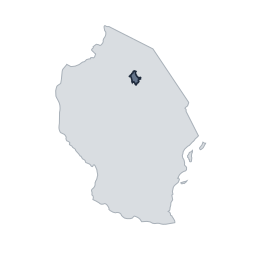 location of Maswa, Simiyu, United Republic of Tanzania, rotated 27°
{"feature_id": "72390352B27931879401730", "entity_name": "Maswa", "entity_type": "district", "adm_level": 2, "iso_a3": "TZA", "parent_name": "United Republic of Tanzania", "parent_adm1": "Simiyu", "projection": "albers", "projection_center": [33.824, -3.202], "detail": "fine", "context": "in_parent", "style": "filled", "palette": "slate", "viewbox_px": 256, "rotation_deg": 27, "n_neighbors": 0, "source": "geoboundaries", "source_scale": "gbopen_adm2", "svg_char_len": 5902}
<svg xmlns="http://www.w3.org/2000/svg" viewBox="0 0 256 256"><g transform="rotate(27 128 128)"><path d="M98.2,174.7L95.7,173.4L93.5,172.6L91.6,171.8L90.8,170.9L89.1,170.6L87.6,170.4L86.2,169.6L83.4,169.4L83.0,168.8L83.0,167.7L82.5,167.4L81.5,167.1L80.3,167.1L79.7,167.2L79.3,167.2L78.3,166.5L77.5,165.6L77.1,164.2L75.8,163.3L74.3,162.6L70.2,162.7L69.5,162.4L68.5,161.7L67.4,160.6L66.4,159.2L65.6,157.4L64.7,154.9L59.9,145.1L59.4,143.3L58.5,141.2L57.0,138.7L55.3,136.8L53.1,135.1L50.6,133.4L49.3,132.3L46.7,127.7L46.1,125.5L45.7,123.2L45.9,122.3L47.5,119.4L47.7,118.6L47.4,117.5L46.7,115.2L45.6,112.4L43.6,107.3L43.3,106.0L43.3,105.1L44.5,99.9L44.5,99.1L49.3,99.2L52.8,96.9L55.8,93.5L56.4,92.1L57.6,89.9L58.9,88.8L59.3,88.1L60.0,85.9L61.6,84.4L63.2,83.3L62.8,82.5L63.1,82.2L63.9,81.6L65.6,81.1L65.9,79.9L65.9,78.7L65.6,77.9L65.7,77.1L65.4,76.6L64.3,76.5L62.7,75.9L61.4,75.6L60.4,75.2L60.1,75.0L60.0,74.2L60.7,72.2L60.0,71.4L61.6,68.1L61.9,67.7L62.5,67.6L63.5,67.3L64.4,67.1L65.1,67.3L65.7,67.1L66.1,66.7L66.5,65.6L66.9,63.8L66.7,62.2L66.0,61.1L65.8,59.3L66.1,56.9L65.8,54.9L65.1,53.3L64.3,52.3L63.1,51.9L61.2,49.5L60.6,48.3L60.7,47.5L61.3,47.2L62.5,47.3L63.7,47.0L64.7,46.4L65.8,46.2L66.3,46.3L114.3,46.2L170.4,77.6L170.6,78.0L171.0,80.7L170.9,81.6L170.1,83.1L169.8,84.0L169.8,84.5L170.0,84.7L170.7,84.8L171.4,85.2L171.6,85.5L172.1,86.7L172.7,87.2L193.9,102.7L194.3,102.9L194.0,104.2L192.8,107.3L192.7,108.6L192.3,110.2L191.8,111.2L190.6,115.5L189.5,117.2L188.1,121.0L187.9,124.0L188.6,126.0L188.9,128.0L190.5,129.9L191.8,130.6L192.7,131.4L194.3,133.4L195.2,135.4L198.0,136.4L199.1,138.6L198.7,140.1L197.4,141.4L196.1,143.4L195.1,146.1L195.1,150.2L195.8,149.6L197.2,150.6L197.4,153.7L195.9,157.2L195.4,158.8L195.3,160.3L196.4,164.5L198.1,166.6L197.9,167.3L197.5,167.9L200.4,171.7L200.1,175.0L201.2,177.6L201.6,179.8L202.3,181.5L202.5,182.7L201.6,184.0L203.7,184.3L204.9,185.4L205.5,186.4L207.0,186.4L207.8,187.1L209.0,187.7L211.6,189.4L212.3,190.3L212.7,191.1L205.5,196.5L202.9,197.9L201.0,198.5L199.0,198.8L197.1,199.7L195.3,201.0L193.1,201.7L190.3,201.6L187.3,202.6L182.7,205.3L180.1,203.8L178.0,203.3L175.5,203.3L174.1,203.5L173.5,203.8L173.1,204.8L172.7,206.3L171.1,207.8L168.3,209.2L165.8,209.8L163.4,209.4L161.8,208.8L161.0,208.0L159.8,207.6L158.2,207.6L156.6,208.2L155.2,209.3L152.8,209.8L149.6,209.7L147.8,209.1L147.6,208.2L146.2,207.1L143.6,205.8L141.7,205.8L140.5,207.0L139.3,207.8L138.3,208.1L137.4,208.1L136.1,207.8L132.6,207.6L129.2,207.7L128.8,205.9L128.1,204.9L127.5,204.3L126.4,204.1L126.0,203.6L125.6,202.5L125.1,201.6L124.3,200.8L123.8,200.1L123.7,199.5L123.8,198.8L124.5,197.0L124.7,195.8L124.7,194.5L124.3,193.2L123.5,191.7L123.6,191.3L123.3,190.2L123.3,189.5L123.4,188.6L123.3,187.4L122.6,184.8L122.6,184.2L121.9,183.0L119.6,180.0L119.5,179.6L116.0,176.7L114.6,176.1L114.1,176.6L113.9,177.1L114.0,178.1L113.9,178.5L112.9,178.7L112.4,178.6L111.1,177.8L110.0,177.6L107.4,177.8L106.5,177.9L105.8,177.8L104.5,176.4L102.9,176.1L101.4,176.1L99.0,174.5L98.2,174.7ZM198.4,125.6L199.6,128.9L199.4,129.5L198.6,129.9L198.2,129.9L197.6,129.4L197.3,128.3L196.7,128.5L195.6,127.2L194.5,127.1L193.6,125.6L194.0,124.2L193.8,121.9L194.9,120.7L195.6,118.7L196.3,120.1L196.5,122.2L197.5,124.7L198.4,125.6ZM204.1,106.3L204.2,107.0L204.0,107.7L204.0,110.1L203.9,111.6L203.0,113.7L202.3,114.5L201.7,114.2L201.2,113.9L200.8,113.3L201.6,109.4L201.2,106.6L202.9,106.8L204.1,106.3ZM201.5,153.2L200.7,153.4L200.4,153.2L199.9,152.5L200.8,152.0L201.6,151.0L203.6,149.4L204.5,148.2L204.4,149.4L203.3,152.0L202.3,152.2L201.5,153.2Z" fill="#d9dde1" stroke="#a8b0b8" stroke-width="1"/><path d="M105.8,81.4L105.9,81.5L106.1,81.5L106.4,81.4L106.7,81.3L106.8,81.3L106.9,81.2L107.1,81.2L107.3,81.1L107.5,81.1L107.8,81.2L108.1,81.6L108.2,81.8L108.4,81.9L108.6,82.2L108.6,82.3L108.7,82.5L108.8,82.5L109.0,82.7L109.2,82.8L109.3,83.0L109.5,83.1L109.5,83.3L109.6,83.6L109.7,83.8L109.7,83.7L109.8,83.8L110.0,83.9L110.3,84.0L110.4,84.4L110.4,84.6L110.4,84.8L110.4,85.0L110.5,85.1L110.8,85.2L110.9,85.3L111.0,85.3L111.2,85.5L111.2,85.4L111.3,85.3L111.3,85.2L111.5,85.1L111.6,84.9L111.8,84.8L111.8,84.7L111.9,84.4L112.0,84.3L112.1,84.5L112.4,84.6L112.9,84.5L113.0,84.4L113.2,84.5L113.3,84.6L113.4,84.8L113.5,84.8L113.8,85.0L113.8,84.9L113.8,85.0L114.0,85.1L114.2,85.3L114.3,85.3L114.3,85.5L114.5,85.6L114.7,85.8L114.8,85.8L114.8,86.0L114.7,86.0L115.6,86.0L115.7,85.9L115.6,85.7L115.6,85.4L115.8,85.2L115.8,84.8L115.7,84.8L115.7,84.7L115.8,84.5L115.8,84.4L115.7,84.0L115.6,83.9L115.7,83.7L115.9,83.7L116.0,83.6L116.1,83.4L116.2,83.2L116.3,83.2L116.4,82.9L116.5,82.8L116.5,82.7L116.5,82.4L116.4,82.3L116.5,82.1L116.4,82.1L116.3,81.9L116.3,81.7L116.2,81.7L116.0,81.4L115.9,81.3L115.8,81.2L115.7,81.2L115.4,80.7L115.5,80.4L115.8,80.2L116.2,79.5L116.6,78.9L116.9,78.6L116.7,78.2L116.3,77.8L116.3,77.5L116.3,77.3L116.2,77.3L116.1,77.5L115.9,77.7L115.7,77.7L115.6,77.8L115.4,78.0L115.2,78.1L115.1,78.3L115.1,78.2L115.0,78.3L115.0,78.2L114.9,78.2L114.9,78.3L114.8,78.2L114.7,78.2L114.6,78.3L114.4,78.3L114.2,78.4L113.9,78.3L113.7,78.3L113.7,78.2L113.4,78.2L113.2,78.1L112.7,78.0L112.7,77.9L112.4,77.8L112.2,77.7L111.9,77.6L111.7,77.5L111.5,77.4L111.5,77.2L111.4,77.2L111.2,77.0L111.1,76.9L110.9,76.9L110.7,76.8L110.6,76.7L110.4,76.6L110.3,76.4L110.2,76.4L110.1,76.2L110.0,75.9L109.9,75.7L109.7,75.5L109.6,75.3L109.6,75.2L109.4,75.0L109.3,74.9L109.3,74.7L109.3,74.4L109.4,74.1L109.2,74.1L109.1,73.9L108.9,73.9L108.8,73.7L108.8,73.8L108.7,74.0L108.4,74.0L108.2,74.1L108.2,74.4L107.9,74.3L107.7,74.3L107.7,74.5L107.4,74.8L107.2,74.9L107.0,75.1L107.0,75.6L107.4,76.4L107.4,76.7L107.3,76.8L107.1,76.9L107.0,77.0L106.9,77.1L106.9,77.3L106.9,77.5L106.7,77.8L106.8,78.1L106.8,78.4L106.8,78.6L106.7,78.8L106.8,78.9L106.8,79.0L106.7,79.1L106.7,79.3L106.7,79.5L106.4,79.7L106.3,79.8L106.3,79.7L106.3,79.8L106.2,79.8L106.1,80.0L106.0,80.3L106.1,80.5L106.1,81.0L105.9,81.3L105.8,81.4Z" fill="#64748b" stroke="#1e293b" stroke-width="1.5"/></g></svg>